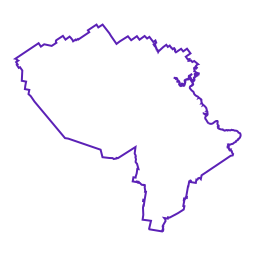 the district of Launceston, Tasmania, Australia, rotated 180°
{"feature_id": "25037944B58577428038391", "entity_name": "Launceston", "entity_type": "district", "adm_level": 2, "iso_a3": "AUS", "parent_name": "Australia", "parent_adm1": "Tasmania", "projection": "equal_earth", "projection_center": [147.112, -41.321], "detail": "fine", "context": "isolated", "style": "outline", "palette": "violet", "viewbox_px": 256, "rotation_deg": 180, "n_neighbors": 0, "source": "geoboundaries", "source_scale": "gbopen_adm2", "svg_char_len": 5633}
<svg xmlns="http://www.w3.org/2000/svg" viewBox="0 0 256 256"><g transform="rotate(180 128 128)"><path d="M221.5,154.4L191.0,117.9L187.8,117.4L155.4,106.3L153.5,98.8L146.6,98.0L143.4,97.9L142.3,97.0L139.5,97.5L139.4,98.1L138.0,97.9L120.5,109.0L121.3,102.7L121.2,102.1L120.5,100.9L120.2,99.7L120.3,99.2L120.6,98.9L120.0,96.7L120.2,95.7L120.4,94.0L119.4,92.6L119.0,92.3L117.5,86.9L118.7,87.1L119.3,82.6L120.2,79.8L120.4,78.4L122.6,78.7L123.3,74.6L119.3,73.9L119.2,74.5L117.4,74.2L117.6,73.2L116.1,73.0L114.4,71.3L112.2,70.9L112.2,71.1L111.3,71.0L111.1,70.0L111.3,68.5L110.8,65.4L111.0,64.2L110.3,64.1L110.3,64.4L110.0,64.3L111.4,56.1L112.7,56.3L112.9,54.9L111.6,54.7L112.2,50.5L112.6,50.6L113.0,48.3L112.7,41.1L113.4,36.3L105.0,35.2L106.9,27.2L106.6,26.7L94.6,24.7L94.0,24.6L93.8,25.4L92.9,25.3L92.7,26.7L93.2,26.8L92.8,29.4L93.3,29.5L93.2,30.2L90.5,34.9L90.7,36.6L91.8,38.0L88.2,37.4L88.0,38.7L86.4,38.4L78.3,42.7L72.3,46.5L71.6,49.8L72.7,50.0L71.7,55.5L72.2,55.6L71.9,57.5L70.7,57.3L70.4,58.4L69.2,58.1L69.1,59.1L69.8,59.2L68.0,69.6L67.7,69.6L66.8,74.6L66.3,74.7L66.0,75.0L65.8,75.4L65.6,75.5L65.2,75.3L65.0,74.9L64.9,74.3L65.1,73.9L60.2,73.1L59.6,76.4L59.1,76.2L58.5,76.4L58.1,77.0L57.9,77.6L56.7,78.1L55.9,77.7L55.2,76.9L54.4,80.7L31.0,96.4L25.4,100.2L23.3,100.6L22.9,102.0L23.8,103.1L24.1,103.8L24.1,104.4L24.3,104.6L24.4,105.1L25.0,105.4L25.7,105.5L25.3,106.5L26.8,106.4L27.1,107.2L26.8,107.4L26.8,107.6L27.6,108.2L28.4,108.5L28.4,109.3L28.2,109.3L27.9,109.9L27.7,109.9L27.9,110.2L27.8,110.5L27.6,110.6L27.9,111.0L27.7,111.4L27.8,111.6L27.2,111.7L26.3,111.2L24.3,112.0L23.3,112.1L21.6,113.5L20.2,114.1L20.0,114.4L19.8,115.2L18.2,115.9L17.9,116.9L17.0,117.3L16.7,117.9L16.1,118.3L15.4,120.2L15.5,121.7L15.9,122.7L17.5,123.4L17.6,123.7L18.2,124.4L19.1,125.1L20.3,125.4L21.0,125.3L23.0,126.0L23.8,125.9L24.4,126.2L25.7,125.6L27.5,125.9L28.3,125.5L28.8,125.9L29.2,126.0L29.9,125.7L30.1,125.8L30.7,125.5L31.1,125.6L31.4,125.4L32.9,126.0L33.3,126.6L34.7,126.5L36.6,127.1L37.4,127.5L38.0,128.0L38.3,128.8L38.4,128.7L38.2,129.2L38.3,129.1L38.2,129.4L37.8,129.6L37.4,129.5L37.4,130.4L37.9,130.7L38.4,131.5L38.6,132.3L38.3,134.2L38.6,135.0L39.8,135.0L41.2,134.2L43.1,132.7L44.0,132.3L45.1,132.1L47.3,132.6L47.5,132.4L47.4,132.7L48.2,133.5L50.1,136.6L50.7,137.3L50.8,138.5L50.3,139.6L49.4,140.4L49.6,140.5L49.3,140.4L48.6,141.1L48.4,141.6L48.5,142.7L48.9,142.2L49.2,142.1L50.4,142.2L50.6,141.9L51.0,141.6L51.3,141.7L51.6,142.2L52.6,142.7L53.1,142.5L52.7,142.7L52.9,142.8L52.6,142.7L51.6,142.2L50.9,141.7L50.4,142.3L49.0,142.3L48.5,142.9L48.9,144.8L49.1,145.1L49.3,145.1L49.1,145.3L49.5,147.2L50.0,148.3L50.5,149.0L50.9,149.1L50.7,149.1L51.7,150.3L52.7,151.0L52.9,150.9L52.8,151.1L53.6,151.9L54.2,153.2L54.4,153.1L54.3,153.3L54.6,154.7L54.6,156.1L54.8,156.2L54.7,156.4L54.8,156.6L57.1,158.3L57.3,158.2L57.2,158.4L58.2,159.4L59.9,160.2L61.1,161.2L61.6,161.7L62.6,164.2L64.4,165.6L66.1,167.7L66.2,168.2L66.1,169.0L65.6,169.8L64.2,170.4L64.1,170.6L64.0,170.4L63.6,170.7L63.1,171.1L62.8,171.7L63.1,172.8L64.5,174.7L65.9,177.0L66.4,177.5L66.8,177.6L67.3,177.2L67.6,176.6L69.4,176.4L70.9,175.7L71.2,175.3L70.6,174.2L71.2,171.8L71.7,170.5L72.1,170.2L72.6,170.2L72.8,171.3L73.1,171.8L73.5,172.1L73.9,172.1L74.3,172.0L74.5,171.6L74.6,170.1L75.1,169.9L76.1,170.4L76.9,171.7L76.5,173.3L77.3,174.8L78.2,174.2L78.5,174.3L78.7,174.6L78.4,175.6L78.9,176.8L79.0,177.5L79.6,177.7L79.8,177.3L80.2,177.1L80.7,177.8L81.4,178.0L81.3,178.5L81.1,178.9L81.2,178.0L80.6,177.9L80.2,177.2L79.9,177.4L79.7,178.0L79.3,177.9L78.9,177.5L78.2,175.7L78.5,174.5L78.3,174.5L77.7,175.0L77.2,175.0L76.3,173.4L76.7,171.6L75.8,170.5L75.2,170.1L74.8,170.2L74.8,171.3L74.6,171.9L74.3,172.3L73.6,172.3L72.7,171.8L72.5,170.6L72.2,170.4L71.9,170.8L71.5,171.8L71.5,172.2L71.4,172.3L71.0,173.9L71.0,174.4L71.4,175.1L71.3,175.7L70.7,176.2L69.0,176.9L67.8,177.0L67.4,177.9L66.7,178.2L67.2,179.2L67.1,180.1L66.5,180.5L66.1,180.5L64.5,181.8L63.9,182.0L65.8,180.4L66.0,180.2L66.1,179.4L65.1,177.8L63.8,175.0L63.1,174.3L62.4,174.8L61.7,175.6L61.8,175.9L62.1,175.7L62.5,176.4L61.6,176.9L62.0,177.9L61.8,178.0L61.9,178.5L60.7,179.1L60.8,179.6L60.7,179.5L59.2,180.2L61.2,181.5L61.1,182.0L57.4,181.6L57.2,182.6L60.0,183.5L60.7,184.4L61.7,184.7L61.5,185.3L61.4,186.2L61.9,187.1L61.8,188.1L60.9,188.7L60.2,188.1L60.4,187.9L59.8,187.5L59.1,188.3L59.6,188.8L59.8,188.6L60.5,189.2L60.1,190.0L59.0,191.2L58.6,191.6L57.9,191.8L61.8,195.0L63.7,194.0L64.9,195.5L66.3,195.3L66.2,195.4L66.8,196.0L66.6,196.1L66.5,196.9L67.5,196.8L68.1,196.4L70.2,199.3L65.5,202.6L69.0,207.3L72.8,204.6L74.9,207.2L80.1,203.7L80.6,204.2L80.9,204.7L81.1,205.3L80.8,206.3L81.7,207.7L82.3,207.3L82.4,207.5L83.4,206.8L84.6,208.4L84.8,208.6L85.0,208.5L86.3,210.4L88.2,209.1L89.7,211.2L92.7,209.0L97.4,204.7L97.8,204.0L97.9,204.3L98.5,204.9L98.4,206.0L98.8,206.5L99.4,206.5L99.7,207.7L99.9,207.9L99.8,208.3L100.1,208.6L100.1,209.0L100.4,209.5L100.6,210.4L101.3,209.9L102.4,211.6L99.8,213.3L100.6,215.5L102.7,214.0L106.6,219.1L108.9,217.5L111.4,220.0L116.5,216.3L119.1,219.8L124.8,215.8L128.1,219.7L136.2,214.6L139.5,212.1L145.1,220.2L146.6,222.7L153.4,231.4L157.7,228.6L159.5,231.4L168.1,225.7L166.8,223.8L177.7,216.5L178.1,217.0L179.9,215.8L180.4,216.4L182.9,214.7L183.7,216.3L185.3,218.3L186.4,219.4L190.5,216.4L193.1,220.1L199.7,215.8L200.1,215.1L200.1,213.9L199.6,213.2L204.3,210.1L211.8,211.7L215.1,209.4L217.4,212.8L240.6,197.3L239.7,197.1L239.4,196.8L239.3,196.4L239.0,196.3L238.8,195.9L237.8,195.4L239.9,193.9L238.4,191.6L239.2,191.1L237.2,188.1L236.0,188.8L233.7,185.5L234.2,175.2L229.9,174.4L230.7,170.2L231.1,166.9L226.7,166.1L227.5,161.9L225.2,159.8L221.5,154.4Z" fill="none" stroke="#5b21b6" stroke-width="2"/></g></svg>